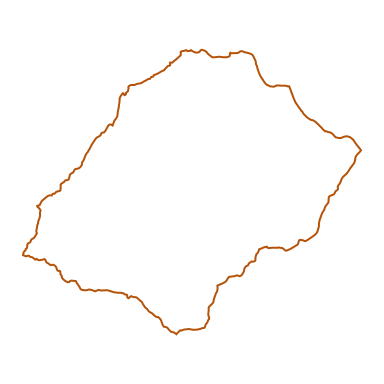 outline of El Espino, Boyacá, Colombia
{"feature_id": "7082276B84809079779557", "entity_name": "El Espino", "entity_type": "district", "adm_level": 2, "iso_a3": "COL", "parent_name": "Colombia", "parent_adm1": "Boyacá", "projection": "natural_earth1", "projection_center": [-72.481, 6.507], "detail": "fine", "context": "isolated", "style": "outline", "palette": "amber", "viewbox_px": 384, "rotation_deg": 0, "n_neighbors": 0, "source": "geoboundaries", "source_scale": "gbopen_adm2", "svg_char_len": 5869}
<svg xmlns="http://www.w3.org/2000/svg" viewBox="0 0 384 384"><path d="M361.0,150.4L360.5,149.5L356.6,144.7L353.0,139.5L350.2,137.3L348.6,136.7L347.2,136.3L345.9,136.3L343.8,136.8L341.7,137.7L340.5,138.1L338.1,137.9L335.5,137.2L333.2,134.6L331.3,132.9L329.4,132.2L328.5,132.2L326.1,131.2L325.2,131.4L322.7,129.2L322.5,128.7L318.3,124.5L315.8,122.1L314.4,121.1L313.0,120.3L310.8,119.8L307.5,117.8L303.9,114.2L303.0,113.1L302.6,112.1L302.1,111.4L301.3,110.9L300.0,108.7L299.1,107.7L295.3,102.1L293.5,97.8L289.2,86.3L288.0,86.5L287.7,86.2L285.1,85.7L281.1,85.7L277.6,85.4L276.1,85.7L274.4,86.5L273.6,86.7L270.1,86.3L266.5,84.6L265.5,83.6L263.7,81.2L262.8,79.6L261.6,78.0L259.5,74.2L257.3,68.1L257.2,66.9L256.9,65.9L256.1,64.5L255.6,61.0L253.2,56.0L252.6,55.1L251.2,54.0L248.2,53.0L243.9,52.0L243.0,51.5L241.6,51.1L239.8,51.6L238.4,52.8L236.8,53.1L234.4,53.1L233.4,53.2L232.3,53.1L231.8,53.3L231.1,53.2L230.4,52.7L230.0,53.2L229.8,55.8L229.4,56.3L227.3,57.1L225.4,57.3L222.7,57.2L219.5,56.7L214.5,57.3L212.1,57.2L210.7,56.0L208.3,54.2L207.7,53.6L207.3,52.8L206.4,51.9L205.1,50.9L202.1,49.8L201.5,49.8L200.9,50.2L200.4,50.5L200.0,51.3L199.2,52.0L198.0,52.5L196.4,52.6L194.4,52.2L194.1,51.9L192.3,51.1L190.9,50.1L189.7,51.0L189.1,51.0L187.9,51.1L187.3,51.0L186.5,50.3L186.0,50.1L184.4,50.8L182.4,51.1L180.8,51.7L180.6,52.3L180.8,53.0L180.7,53.7L180.8,54.5L180.6,55.4L175.8,59.7L174.2,60.8L172.4,62.6L170.1,62.6L170.2,65.3L167.5,66.2L166.7,67.3L165.7,68.2L164.2,70.1L163.3,70.7L162.4,70.8L157.6,73.7L156.9,73.8L156.4,74.2L153.8,75.1L153.3,76.5L151.1,77.1L150.1,78.7L149.6,78.9L147.8,79.2L146.9,79.9L144.0,81.4L141.1,83.2L136.9,83.9L134.6,85.0L131.6,85.0L130.1,85.3L129.0,86.1L128.3,87.1L128.6,88.1L128.0,91.0L126.1,92.9L125.9,94.1L125.3,94.9L124.4,95.1L123.5,93.3L122.6,93.4L120.4,96.5L119.6,98.5L119.6,100.1L119.4,102.7L118.9,105.3L118.8,107.3L117.9,111.2L117.3,116.5L116.1,118.4L114.3,120.8L112.6,125.5L111.4,124.6L110.2,124.5L108.8,125.0L108.0,126.1L105.4,130.8L104.1,132.4L102.6,132.6L101.2,133.4L100.6,135.1L99.7,136.0L96.7,137.6L95.4,139.1L91.9,144.4L89.5,149.1L88.7,150.2L87.8,152.0L86.4,153.6L85.1,156.3L84.0,159.4L83.0,161.2L82.1,162.3L81.8,165.0L81.3,165.8L80.4,167.0L79.0,168.2L75.0,169.3L74.3,170.2L73.8,171.3L73.0,172.6L71.4,173.4L70.4,174.1L69.8,175.2L69.3,177.4L68.7,179.3L67.6,180.0L66.4,180.2L65.0,180.6L64.0,182.0L61.2,183.8L60.6,184.8L60.7,188.0L60.4,190.3L59.6,191.0L57.2,191.5L56.1,192.0L55.5,192.8L54.5,193.7L53.6,193.6L52.6,194.0L51.8,195.4L49.3,195.4L47.7,196.1L45.5,197.8L41.8,201.0L39.5,205.3L37.2,205.8L37.3,206.6L39.5,208.7L40.6,210.4L39.9,213.0L40.1,215.6L39.3,218.9L38.3,221.1L38.0,223.7L37.4,224.7L36.9,228.2L36.3,230.6L36.4,231.8L36.8,232.8L36.8,233.4L35.5,235.7L33.9,238.1L32.5,238.7L31.6,239.4L31.1,240.1L30.5,241.7L29.6,242.7L28.4,243.2L27.7,243.8L27.3,244.9L27.1,247.6L26.8,248.2L25.7,249.0L25.3,250.7L24.3,251.3L23.7,252.2L23.0,255.1L25.8,256.3L26.5,256.2L27.9,255.7L29.2,255.9L29.7,256.5L30.2,256.8L32.3,257.3L34.5,258.9L35.2,259.6L35.4,259.6L36.1,259.0L36.5,258.9L36.8,259.0L37.8,259.8L38.8,260.2L39.6,260.2L42.8,259.6L44.2,259.1L45.0,259.4L45.4,260.0L46.3,262.2L46.6,262.5L48.4,263.5L50.5,265.1L51.3,265.1L52.3,264.8L52.8,264.8L53.4,264.8L54.4,265.3L55.3,266.0L56.0,266.9L56.3,267.4L57.0,269.7L57.7,270.6L58.2,270.9L59.4,270.8L60.0,271.1L60.2,271.4L60.5,274.2L61.9,276.2L61.8,277.6L63.5,279.5L65.5,281.2L68.0,282.2L69.1,282.1L70.3,280.9L71.3,280.6L75.8,281.1L76.1,281.3L76.6,282.7L79.3,286.6L80.3,288.6L81.0,289.4L82.0,289.9L83.8,290.2L85.9,290.3L87.1,290.1L88.6,289.6L89.3,289.5L92.3,290.2L95.0,291.3L98.5,289.9L100.4,290.4L101.4,290.5L106.8,290.2L108.0,290.4L113.9,292.2L117.8,292.8L120.6,292.7L122.0,293.2L123.0,293.1L124.9,294.4L125.4,294.6L126.6,294.6L127.0,294.9L127.2,295.7L127.3,297.2L128.3,298.2L129.0,298.0L130.4,296.6L131.0,296.2L131.4,296.2L132.7,296.8L133.6,297.1L135.6,297.2L136.6,297.5L137.1,297.8L140.4,300.9L141.8,301.9L142.8,303.9L144.9,307.1L145.8,308.0L147.3,309.1L148.1,310.5L148.6,311.1L149.9,312.1L152.4,313.5L154.2,315.4L156.0,316.7L156.8,317.1L158.0,317.0L159.2,317.9L160.6,319.5L161.0,320.2L162.6,324.7L163.3,325.9L164.1,326.8L166.0,327.1L167.3,327.7L169.2,330.0L171.2,331.9L174.0,332.4L176.4,334.2L176.7,333.7L180.0,330.5L180.7,330.4L181.1,330.6L184.0,329.6L189.1,329.0L191.9,329.6L194.3,329.8L197.2,329.6L201.0,328.7L202.3,328.1L203.9,328.0L204.6,327.6L205.1,326.6L205.5,325.0L205.9,324.2L207.3,322.5L208.1,320.3L209.1,319.0L209.2,318.0L208.4,315.4L208.3,314.5L208.3,313.6L208.7,310.5L208.6,308.1L209.1,306.7L212.8,303.1L213.4,302.0L213.8,299.4L215.4,294.9L215.8,293.6L216.8,292.0L217.2,290.9L217.5,289.3L217.6,287.9L217.4,285.6L222.1,283.6L224.7,282.3L225.6,281.7L226.8,280.1L228.7,277.1L229.1,276.9L231.3,276.6L232.5,276.3L234.4,276.3L236.3,275.5L237.1,275.4L239.6,276.2L241.5,275.3L242.5,273.9L243.8,271.6L244.5,268.3L245.8,266.4L247.8,265.5L248.4,264.7L248.6,263.8L249.1,263.2L251.5,261.5L252.9,261.7L253.9,261.5L255.0,260.9L255.2,260.7L255.4,260.1L255.4,257.7L256.3,254.4L257.6,253.0L258.6,251.2L259.2,249.2L260.1,249.1L261.4,248.4L264.4,247.2L266.9,246.7L267.3,247.6L269.1,248.1L272.4,247.7L277.2,247.8L279.0,247.5L279.7,247.6L280.7,247.9L282.1,248.0L282.6,248.2L285.4,250.5L286.0,250.7L286.6,250.6L290.5,248.9L297.5,244.7L297.9,244.2L299.1,240.4L299.8,239.9L301.8,240.0L303.4,240.5L304.7,241.1L305.3,241.1L307.2,240.2L310.8,237.8L314.9,234.9L316.3,233.4L317.3,231.9L318.4,228.4L318.9,226.3L318.9,223.7L319.4,221.2L319.7,219.9L321.6,214.5L322.5,212.4L324.2,209.9L324.7,208.0L325.6,206.1L328.4,202.5L328.8,197.2L329.6,196.2L330.2,195.8L334.0,194.3L335.7,191.1L337.4,190.0L337.8,189.3L338.0,188.6L338.0,188.2L337.7,187.2L338.1,185.7L339.9,183.3L340.6,181.9L341.5,179.3L342.1,178.2L343.2,176.7L346.7,173.6L348.7,170.8L350.2,168.3L353.8,163.6L354.6,162.0L354.8,160.7L355.1,160.3L355.4,157.9L355.7,156.8L356.3,155.7L357.3,154.4L359.7,152.0L361.0,150.4Z" fill="none" stroke="#b45309" stroke-width="2"/></svg>